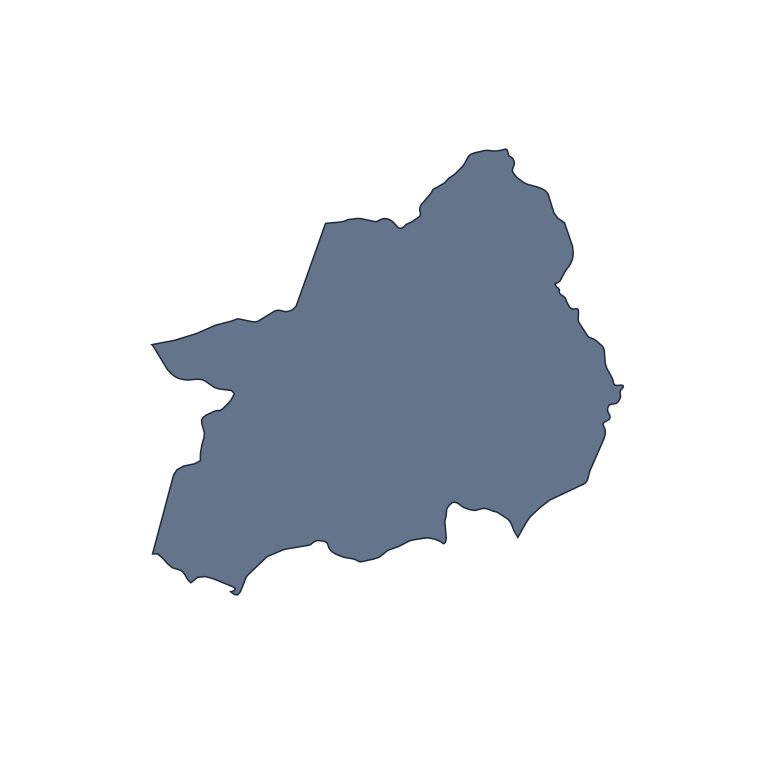 an SVG outline of Ngounié, rotated 117°
{"feature_id": "GAB-2622", "entity_name": "Ngounié", "entity_type": "Province", "adm_level": 1, "iso_a3": "GAB", "parent_name": "Gabon", "parent_adm1": "", "projection": "orthographic", "projection_center": [11.097, -1.69], "detail": "fine", "context": "isolated", "style": "filled", "palette": "slate", "viewbox_px": 768, "rotation_deg": 117, "n_neighbors": 0, "source": "natural_earth", "source_scale": "10m", "svg_char_len": 3963}
<svg xmlns="http://www.w3.org/2000/svg" viewBox="0 0 768 768"><g transform="rotate(117 384 384)"><path d="M638.7,426.3L636.3,423.7L634.1,423.2L633.3,425.9L635.0,447.6L636.7,455.8L640.9,462.3L648.7,465.8L647.8,469.3L644.2,475.0L642.8,478.1L642.4,481.1L643.8,489.4L642.4,495.2L639.7,502.1L638.2,508.6L640.5,513.1L560.5,530.2L554.3,529.5L548.1,525.3L541.3,516.8L537.7,514.1L535.6,512.9L529.3,516.0L520.8,518.7L513.5,520.1L509.0,521.9L502.2,528.2L498.9,530.2L495.5,529.9L491.9,528.0L485.1,522.6L483.5,520.8L482.7,519.2L481.5,517.6L478.7,516.2L468.5,513.1L461.0,512.8L460.6,513.0L459.0,516.9L463.3,528.7L464.1,533.1L462.6,544.3L462.7,547.8L464.2,552.1L469.3,560.2L471.2,564.7L472.3,569.9L472.3,574.1L471.3,578.3L469.5,583.4L454.8,607.3L454.4,608.8L454.3,608.7L440.2,590.5L424.1,573.9L408.3,561.0L396.6,547.9L392.7,544.4L391.8,542.6L388.0,528.6L387.0,526.7L385.4,524.8L368.7,514.6L367.1,513.0L366.0,511.1L365.4,509.2L365.0,507.1L364.4,505.1L363.3,503.1L361.8,501.2L359.8,499.6L357.5,498.5L354.6,497.6L267.4,509.0L259.3,496.0L256.3,492.6L255.4,492.1L254.6,491.4L253.8,490.6L248.4,482.6L247.1,479.6L243.4,465.8L243.0,464.8L242.2,464.0L238.6,461.3L236.8,459.4L235.7,457.2L235.1,454.3L235.1,452.1L235.4,449.9L237.9,443.3L238.2,441.3L237.6,439.3L235.4,437.9L231.4,436.5L227.2,433.0L218.7,428.4L216.8,428.3L214.9,429.4L213.2,430.9L211.2,431.9L209.1,432.3L206.9,432.2L192.7,428.7L188.7,428.7L186.6,427.7L184.4,425.7L182.2,424.6L177.6,421.4L171.3,419.7L164.9,416.2L154.8,412.9L150.7,412.3L144.0,412.2L142.2,412.0L140.4,411.2L138.5,409.7L136.7,408.0L129.9,399.8L128.8,397.8L126.4,391.5L125.2,389.5L122.4,385.6L119.6,382.6L119.3,380.9L121.1,378.9L122.9,377.5L124.0,375.7L124.1,373.7L124.6,371.6L126.6,369.1L128.5,367.9L130.6,367.4L132.5,367.3L134.4,367.0L136.2,366.1L137.8,363.5L139.6,359.4L140.8,353.0L141.1,349.4L140.9,346.6L138.7,336.2L138.3,332.3L138.4,328.4L139.1,326.2L140.3,323.9L154.4,310.3L157.3,304.5L158.4,296.4L175.6,278.6L181.7,274.7L184.4,273.6L187.5,272.7L192.5,272.4L195.7,272.7L200.5,273.7L212.4,273.9L214.7,275.2L217.0,277.3L218.4,275.7L219.2,273.9L219.6,272.0L220.5,270.4L222.7,269.5L223.8,268.0L224.2,266.2L224.3,264.3L224.8,262.4L225.9,260.5L227.6,258.8L230.3,255.1L231.3,253.0L231.7,251.1L231.3,249.2L230.2,247.7L229.3,246.2L229.4,245.2L229.7,244.6L230.7,243.8L238.1,240.3L239.7,239.2L240.7,238.2L248.8,224.2L249.3,222.3L248.8,218.4L248.8,216.4L249.6,212.4L251.3,206.1L252.6,204.3L254.6,202.6L264.8,196.5L267.1,194.4L269.0,192.4L274.8,183.7L276.4,181.9L278.1,180.6L279.5,179.2L280.1,177.6L279.5,175.7L277.1,171.8L276.9,170.3L278.0,169.3L282.8,170.4L285.0,169.5L286.5,168.2L288.5,167.2L290.7,167.0L293.7,167.4L295.8,168.2L297.5,170.3L298.6,172.1L300.4,173.6L302.6,174.0L305.2,173.3L307.1,171.9L309.6,168.4L311.4,167.3L313.5,167.3L317.8,170.2L319.6,170.8L321.3,169.8L324.0,166.5L325.8,165.2L327.9,164.3L332.0,163.2L368.1,161.1L376.3,159.3L378.6,159.2L381.3,159.8L412.3,183.7L424.0,189.2L435.9,193.4L442.4,194.4L459.9,195.1L456.1,201.1L450.7,207.3L449.1,210.0L448.2,212.4L446.9,224.0L447.0,225.9L447.8,229.4L448.3,234.3L448.7,236.5L449.5,238.4L450.7,240.3L454.6,244.5L455.1,245.2L455.7,246.3L456.9,250.2L457.4,252.9L457.8,256.9L457.5,260.2L456.7,264.0L457.3,267.6L458.7,269.4L460.7,270.2L464.6,271.2L466.7,271.3L468.7,270.7L472.8,268.9L478.7,267.5L492.6,258.8L494.7,258.0L496.7,257.5L498.6,257.8L499.2,258.4L499.3,259.4L498.9,261.1L498.8,264.4L499.3,268.7L501.1,274.9L502.3,277.0L509.4,286.9L512.6,290.4L522.4,297.3L529.7,304.4L531.4,305.5L539.1,308.9L540.9,310.0L545.0,314.1L552.2,322.9L553.4,325.0L553.5,326.2L553.5,330.1L554.0,332.4L556.8,341.9L557.5,349.4L557.1,354.2L556.6,355.9L556.4,356.4L555.4,358.1L554.2,359.6L552.7,361.0L552.1,361.8L551.6,362.6L551.3,363.7L551.3,365.6L551.9,368.0L553.8,372.5L555.8,374.3L557.9,375.5L559.9,376.2L561.7,377.6L575.1,395.8L577.7,398.7L590.2,409.2L592.2,410.3L617.0,418.9L619.0,419.0L633.2,417.7L635.2,417.8L637.1,418.3L638.5,418.9L639.5,422.0L638.7,426.3Z" fill="#64748b" stroke="#1e293b" stroke-width="1.5"/></g></svg>